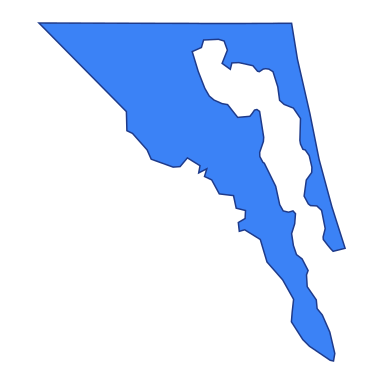 the district of Currituck, North Carolina, United States of America
{"feature_id": "52423323B36348632800300", "entity_name": "Currituck", "entity_type": "district", "adm_level": 2, "iso_a3": "USA", "parent_name": "United States of America", "parent_adm1": "North Carolina", "projection": "orthographic", "projection_center": [-75.925, 36.311], "detail": "fine", "context": "isolated", "style": "filled", "palette": "blue", "viewbox_px": 384, "rotation_deg": 0, "n_neighbors": 0, "source": "geoboundaries", "source_scale": "gbopen_adm2", "svg_char_len": 1739}
<svg xmlns="http://www.w3.org/2000/svg" viewBox="0 0 384 384"><path d="M38.9,23.0L126.4,111.6L126.9,130.7L132.5,133.4L147.1,149.9L151.2,159.2L173.1,167.1L180.1,166.6L187.4,157.9L200.0,165.7L198.7,172.9L206.8,168.8L204.5,176.5L211.7,179.9L219.3,193.9L233.5,195.6L236.2,208.2L245.5,210.5L245.1,218.5L238.3,222.5L239.3,231.3L244.7,229.8L260.3,239.5L267.0,262.0L282.7,279.9L293.6,299.3L292.2,311.9L291.4,321.8L302.8,339.6L309.5,346.3L330.2,360.3L333.5,361.0L334.8,353.5L329.8,332.1L322.3,315.0L317.1,308.6L316.3,299.9L307.2,286.7L306.5,274.9L308.1,270.5L302.1,258.9L296.5,254.6L293.4,245.5L291.6,233.6L294.7,223.8L295.5,213.7L293.0,210.9L288.5,212.2L283.2,210.9L279.7,204.7L275.7,186.3L264.3,163.2L262.9,162.3L259.8,156.5L259.7,152.3L263.4,141.5L263.7,137.3L259.6,111.4L256.9,109.5L254.5,110.1L252.3,113.3L249.9,116.3L237.7,117.4L227.6,104.6L222.0,103.6L214.1,100.1L209.3,96.1L204.8,88.3L198.2,71.4L192.2,51.6L201.4,47.5L203.6,40.0L218.5,39.3L224.1,41.0L227.4,50.1L222.1,63.4L230.3,69.3L231.9,62.9L238.9,62.6L252.9,65.7L257.5,71.2L259.3,71.7L263.2,69.1L265.6,68.7L268.9,69.1L273.0,71.7L277.8,86.9L279.6,100.3L284.1,104.4L293.4,108.1L300.5,118.5L299.9,140.4L300.5,144.1L302.9,149.3L305.3,150.0L309.2,155.6L311.9,167.3L311.7,172.5L306.3,180.0L304.1,196.1L308.3,203.9L310.5,205.6L316.8,205.9L321.6,210.4L325.2,228.6L323.1,236.9L323.3,239.5L327.8,245.3L330.7,248.8L333.1,251.3L345.1,248.3L331.9,206.8L319.1,159.5L309.9,113.6L297.4,59.0L291.6,23.3L284.4,23.3L283.9,23.3L280.9,23.3L280.6,23.3L277.5,23.3L276.8,23.4L276.3,23.3L272.4,23.4L271.0,23.4L270.3,23.4L267.9,23.4L266.5,23.4L260.5,23.4L243.1,23.5L242.7,23.5L241.4,23.5L240.3,23.5L201.2,23.5L196.7,23.4L147.1,23.3L39.0,23.0L38.9,23.0Z" fill="#3b82f6" stroke="#1e3a8a" stroke-width="1.5"/></svg>